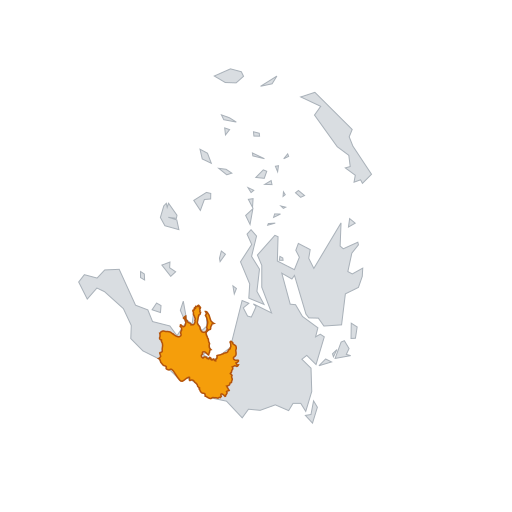 Greece, with Kentriki Makedonia highlighted, rotated 229°
{"feature_id": "GRC-2991", "entity_name": "Kentriki Makedonia", "entity_type": "Region", "adm_level": 1, "iso_a3": "GRC", "parent_name": "Greece", "parent_adm1": "", "projection": "robinson", "projection_center": [23.042, 40.656], "detail": "fine", "context": "in_parent", "style": "filled", "palette": "amber", "viewbox_px": 512, "rotation_deg": 229, "n_neighbors": 0, "source": "natural_earth", "source_scale": "10m", "svg_char_len": 9712}
<svg xmlns="http://www.w3.org/2000/svg" viewBox="0 0 512 512"><g transform="rotate(229 256 256)"><path d="M334.2,100.4L352.7,105.1L354.5,114.2L343.6,121.6L344.7,132.7L335.7,144.0L297.9,132.8L286.3,139.0L274.4,134.9L259.7,145.1L247.7,144.1L251.7,159.1L264.7,163.3L269.6,171.5L253.4,161.8L246.5,163.2L255.5,173.0L254.8,179.8L244.1,168.0L235.2,166.2L235.4,173.0L244.5,180.1L234.0,178.7L230.9,168.3L215.2,160.0L216.2,151.2L205.2,155.6L203.8,176.6L231.5,216.3L225.0,219.6L225.2,212.4L216.2,210.2L213.0,212.4L214.8,216.5L217.8,222.9L221.6,222.6L202.8,230.4L228.7,239.9L245.1,254.2L255.8,257.7L259.2,283.8L256.1,285.3L238.2,268.8L220.5,276.0L226.6,287.9L234.2,289.8L237.7,296.2L225.3,301.1L219.7,294.3L208.7,291.5L225.2,341.9L208.3,326.0L204.2,326.6L199.6,341.9L197.2,340.6L195.3,330.2L184.0,315.1L179.3,316.9L176.8,328.6L170.9,322.8L165.1,312.7L168.8,298.6L147.9,275.4L158.6,261.3L168.2,262.3L174.6,255.3L179.4,255.6L216.1,272.3L215.1,268.0L226.1,264.2L197.2,250.2L193.3,253.9L179.9,251.4L161.2,255.6L155.9,247.9L154.8,253.2L150.2,254.5L134.7,230.1L147.7,229.1L148.0,222.9L135.2,223.9L117.2,209.2L106.1,191.6L115.4,193.1L120.5,187.3L117.9,179.2L131.0,172.9L136.8,157.9L145.3,149.8L142.9,139.4L165.8,138.5L181.5,126.6L200.2,127.1L208.9,124.4L211.1,117.4L242.9,114.9L258.6,108.4L275.8,107.3L285.4,116.3L303.3,121.4L328.4,118.3L336.2,114.9L334.2,100.4ZM251.8,383.9L263.9,381.2L261.7,385.8L271.1,392.1L285.2,389.0L324.0,392.6L326.5,403.0L346.7,394.1L340.9,407.8L288.4,411.6L284.8,404.5L275.4,401.2L241.9,396.8L241.0,384.0L244.9,384.9L247.4,378.4L251.8,383.9ZM228.9,222.9L239.0,232.9L261.8,240.5L267.5,260.3L278.4,263.6L279.1,269.5L270.7,269.5L258.6,252.4L243.8,250.0L228.7,233.5L214.2,230.3L228.9,222.9ZM347.8,209.1L354.3,219.3L354.6,222.9L351.0,220.9L353.2,224.6L338.6,223.1L336.6,220.6L342.8,215.2L335.2,219.9L326.5,215.1L338.6,207.1L347.8,209.1ZM404.7,365.8L399.8,364.5L399.7,354.6L407.1,346.6L419.2,342.6L414.0,359.5L404.7,365.8ZM336.5,260.3L332.9,262.9L328.8,259.2L332.5,254.1L326.9,243.9L338.8,245.5L336.5,260.3ZM126.8,248.5L135.2,263.8L134.1,267.1L125.1,265.5L122.5,259.6L118.7,262.1L126.8,248.5ZM108.9,204.4L101.6,203.1L92.8,189.0L103.3,188.7L100.3,193.5L108.9,204.4ZM310.9,179.0L307.9,187.1L303.8,183.1L296.8,185.0L296.6,178.3L310.9,179.0ZM364.5,279.1L373.3,283.8L365.4,286.8L355.3,283.1L364.5,279.1ZM285.7,150.1L280.9,151.8L276.0,146.8L283.6,142.3L285.7,150.1ZM131.4,273.6L142.8,283.8L136.1,285.8L128.7,277.1L131.4,273.6ZM316.2,318.0L312.9,319.7L309.2,313.2L315.4,307.4L316.2,318.0ZM293.4,274.8L293.7,284.6L283.7,272.2L293.4,274.8ZM381.1,370.8L378.1,389.8L375.4,381.1L381.1,370.8ZM132.6,241.0L126.5,243.5L131.9,231.5L132.6,241.0ZM222.8,351.2L215.7,352.4L217.2,344.8L222.8,351.2ZM370.0,329.0L380.0,321.1L385.2,322.5L377.6,326.7L370.0,329.0ZM334.4,292.1L336.5,287.2L346.6,285.4L341.1,290.3L334.4,292.1ZM304.3,309.6L303.0,316.9L299.4,314.9L304.3,309.6ZM303.8,287.4L301.2,291.4L295.0,285.3L303.8,287.4ZM282.5,233.1L277.4,234.1L275.3,225.2L278.3,227.0L282.5,233.1ZM320.0,158.7L315.7,159.9L311.0,156.2L315.5,154.7L320.0,158.7ZM277.8,327.3L277.6,331.0L269.8,332.3L271.0,328.2L277.8,327.3ZM336.1,320.9L323.9,326.2L333.6,319.3L336.1,320.9ZM272.4,286.6L268.2,292.1L271.6,285.0L272.4,286.6ZM312.9,294.8L307.0,297.4L307.1,293.9L312.9,294.8ZM351.4,335.6L346.5,339.0L344.1,337.3L347.9,333.1L351.4,335.6ZM373.2,316.4L368.7,319.0L367.4,312.4L373.2,316.4ZM275.5,297.7L271.6,302.0L273.6,294.6L275.5,297.7ZM132.0,249.6L132.3,255.7L129.1,248.3L132.0,249.6ZM311.0,329.5L309.4,332.2L305.4,327.6L311.0,329.5ZM248.6,219.0L244.3,219.9L241.6,214.7L248.6,219.0ZM240.0,273.8L236.9,274.9L235.0,273.6L237.5,270.8L240.0,273.8ZM277.4,307.6L273.4,310.4L274.0,307.9L277.4,307.6ZM311.2,340.7L312.3,346.9L309.8,346.0L311.2,340.7ZM286.4,318.8L283.1,318.3L283.2,315.5L286.4,318.8Z" fill="#d9dde1" stroke="#a8b0b8" stroke-width="1"/><path d="M212.6,117.0L216.0,117.2L223.4,118.2L225.0,118.1L225.9,117.9L226.3,117.6L226.6,117.3L226.8,116.9L226.9,116.0L227.0,115.7L227.5,115.2L228.4,114.7L229.2,114.4L229.9,114.3L230.6,114.8L230.9,115.3L231.3,115.7L232.1,115.6L232.8,115.2L233.9,114.5L234.6,114.3L238.3,114.4L240.8,115.5L242.0,115.6L242.5,115.3L242.3,116.3L242.8,118.3L246.0,119.7L246.0,120.4L245.6,120.9L245.4,122.1L245.6,122.8L247.4,124.2L249.7,126.8L251.6,128.1L253.6,128.6L254.7,129.6L255.4,129.0L256.1,128.9L256.8,129.0L257.5,129.5L258.3,130.9L260.1,132.3L261.0,132.7L260.7,133.3L261.1,134.6L261.0,135.3L260.6,135.8L260.6,136.4L260.1,137.0L258.0,138.5L257.2,139.6L255.2,141.2L254.5,141.5L251.3,142.2L251.2,142.5L250.7,142.4L249.5,142.6L247.4,143.4L246.6,143.9L245.8,144.5L245.3,145.3L245.1,146.5L245.4,147.5L246.1,148.1L246.9,148.4L247.5,148.7L248.1,149.6L248.6,150.5L248.9,151.4L249.1,151.4L250.4,152.5L250.9,152.6L251.5,152.7L252.1,152.6L252.5,152.5L252.7,153.0L253.5,153.6L253.5,154.0L253.2,154.2L250.6,154.5L250.0,155.1L249.9,155.9L250.2,157.2L251.7,159.3L252.1,159.7L253.3,160.2L253.5,160.4L254.9,160.8L255.3,160.9L255.8,160.7L256.8,160.6L256.9,161.8L256.9,162.6L256.9,163.2L256.8,163.6L256.5,163.4L255.1,162.1L254.3,161.6L253.8,161.4L252.4,161.6L251.0,161.2L250.4,161.2L248.5,162.1L247.7,162.3L246.6,161.8L246.5,162.1L246.2,162.5L245.4,163.3L245.2,164.1L245.3,164.9L245.9,166.3L246.1,166.6L246.3,166.9L247.6,167.7L247.9,168.4L248.4,169.0L248.9,169.3L249.2,169.2L251.8,170.3L252.2,170.2L252.8,170.4L253.5,170.9L254.0,171.4L254.5,171.8L256.0,172.3L256.4,172.8L256.4,173.2L255.9,173.6L255.9,174.1L256.1,174.4L256.8,174.8L256.9,175.2L256.8,175.6L256.5,175.6L256.3,175.6L256.2,175.8L256.3,176.3L256.5,176.5L256.8,176.5L257.2,176.2L257.2,176.7L257.2,177.0L257.3,177.3L257.5,177.5L256.5,178.3L256.3,178.7L256.7,179.1L256.7,179.4L256.0,179.4L255.6,179.7L255.7,180.0L256.4,180.0L256.4,180.4L254.5,180.4L253.7,180.3L253.9,179.7L253.9,179.4L253.6,179.4L253.3,179.6L253.0,179.6L252.9,179.3L253.1,178.8L251.8,178.1L251.5,178.0L251.3,177.5L250.9,177.1L250.4,177.0L250.1,177.2L250.1,177.5L250.2,177.8L248.8,175.7L248.7,175.2L248.9,174.4L249.0,174.0L248.8,173.7L248.4,173.6L248.2,173.2L248.0,172.8L247.9,172.5L244.5,168.3L243.3,167.5L242.5,167.3L239.4,167.1L237.3,165.9L235.6,165.5L234.1,165.5L232.8,166.3L231.9,167.8L231.8,168.7L232.1,169.5L232.5,170.2L232.7,171.1L232.8,171.4L233.1,171.5L233.9,171.6L234.2,171.7L234.4,171.9L234.8,172.5L236.8,175.2L237.9,176.3L241.8,178.3L244.4,178.9L244.5,179.2L244.5,179.6L244.6,180.0L244.9,180.6L245.4,181.0L246.0,181.2L246.8,181.3L247.3,181.4L247.0,181.8L246.3,182.1L245.6,182.3L242.3,181.8L236.9,179.5L235.9,179.4L233.1,179.8L232.7,180.0L232.9,179.5L233.4,178.6L233.5,178.1L233.4,177.7L232.8,177.0L232.7,176.7L232.4,175.6L231.7,174.8L231.0,174.2L230.6,173.5L231.2,172.0L231.3,170.2L231.1,168.6L230.4,167.5L228.9,166.7L228.0,166.4L226.6,166.1L226.0,165.7L225.4,165.5L224.7,165.6L222.8,164.3L222.4,164.2L222.0,163.9L221.1,163.7L220.2,163.4L219.5,162.2L217.8,160.9L217.1,160.6L216.4,160.5L214.9,160.6L215.3,159.9L215.0,159.1L213.9,157.8L214.0,157.7L212.8,156.0L212.4,155.3L213.3,155.0L215.7,154.8L216.9,154.6L217.5,154.2L217.7,153.8L218.2,153.5L218.5,153.0L218.3,152.2L217.4,151.6L217.1,151.5L217.0,151.4L217.0,151.1L217.2,150.6L216.7,149.4L215.8,148.8L214.8,148.7L213.7,149.0L213.9,149.9L213.8,150.6L213.5,151.1L213.1,151.5L212.6,151.8L212.2,152.1L211.5,152.2L211.2,152.1L210.8,151.8L210.1,152.3L209.6,152.9L209.5,153.5L209.8,154.3L209.5,154.3L209.3,154.0L209.3,154.7L209.0,154.7L209.0,154.3L208.7,154.3L208.6,154.9L208.3,154.9L207.9,154.6L207.5,154.3L207.4,154.1L206.9,154.2L206.3,154.6L206.2,155.2L207.0,155.6L206.6,155.6L206.4,155.7L206.2,156.0L206.2,156.4L206.0,156.6L205.7,156.5L205.1,156.2L204.2,156.2L203.8,156.4L203.3,156.8L203.9,157.3L204.3,157.9L204.4,158.7L204.4,159.3L204.8,159.7L205.2,160.3L205.6,160.7L206.3,160.9L206.4,161.4L205.9,162.4L204.9,164.1L203.7,167.2L203.8,167.7L202.3,170.6L202.2,171.7L202.5,172.4L202.9,173.2L203.1,174.2L202.9,175.3L203.0,175.8L203.5,176.0L204.1,177.5L206.1,179.1L206.4,179.2L206.6,179.4L207.5,179.7L207.7,179.9L207.8,180.0L208.1,180.0L208.2,181.0L207.8,181.3L205.8,181.6L205.3,181.1L204.6,181.0L201.6,181.8L200.2,181.3L199.0,180.3L198.2,178.9L195.7,177.2L194.5,176.0L194.1,174.7L194.2,172.7L193.9,172.1L192.7,171.4L191.1,171.9L190.5,172.4L189.7,173.5L188.9,174.2L188.3,174.0L188.0,173.3L188.1,172.6L188.0,171.9L188.4,171.3L188.5,170.7L186.5,170.3L185.8,170.7L185.4,171.3L185.1,170.6L185.0,169.7L185.3,169.0L186.8,168.3L187.3,167.8L187.4,166.4L188.0,165.4L186.2,164.6L185.8,163.9L185.6,162.7L184.4,161.3L184.2,160.7L184.4,160.1L184.1,159.4L182.0,159.7L181.4,159.4L181.3,158.7L180.1,157.9L178.7,157.4L178.2,156.8L177.4,155.3L176.8,154.8L176.7,154.2L177.2,153.0L176.2,151.7L176.2,150.5L177.1,148.5L176.3,148.5L175.7,148.1L175.0,148.1L173.4,147.7L172.8,147.7L172.1,147.5L173.0,145.5L173.0,144.8L171.7,144.4L171.3,143.7L170.7,141.6L170.2,141.0L170.4,140.5L171.8,140.5L173.2,140.2L173.9,140.0L174.6,139.4L174.7,138.8L174.1,138.2L172.8,137.7L172.6,136.1L172.9,136.0L173.4,135.6L173.5,135.0L173.5,134.6L173.6,134.2L174.0,133.7L175.4,132.8L175.9,132.0L177.3,130.8L177.8,130.1L177.8,129.7L177.9,128.8L178.0,128.4L178.3,128.1L179.3,127.4L180.4,126.9L182.8,126.2L183.0,126.1L183.4,125.7L183.6,125.6L183.8,125.7L183.9,125.9L184.0,126.1L184.1,126.3L185.3,126.9L185.6,127.0L186.4,126.7L187.7,125.6L188.6,125.2L189.4,125.2L190.2,125.2L191.6,125.7L192.7,125.8L193.1,125.9L193.2,126.1L193.2,126.7L193.3,126.8L193.5,126.9L193.8,126.7L194.5,126.6L195.5,126.5L196.0,126.5L196.3,126.7L197.1,127.1L197.5,127.3L198.6,127.3L199.2,127.3L199.7,127.2L200.5,127.0L201.1,127.0L202.3,127.1L203.1,127.1L203.8,126.8L204.5,126.3L205.1,125.6L205.2,125.2L205.2,124.8L205.3,124.4L205.9,124.3L206.3,124.4L206.5,124.7L206.7,125.0L207.0,125.4L207.6,125.9L208.1,126.2L208.5,125.9L208.9,125.0L209.3,123.2L209.5,119.6L209.9,118.1L211.0,117.2L212.6,117.0Z" fill="#f59e0b" stroke="#b45309" stroke-width="1.5"/></g></svg>